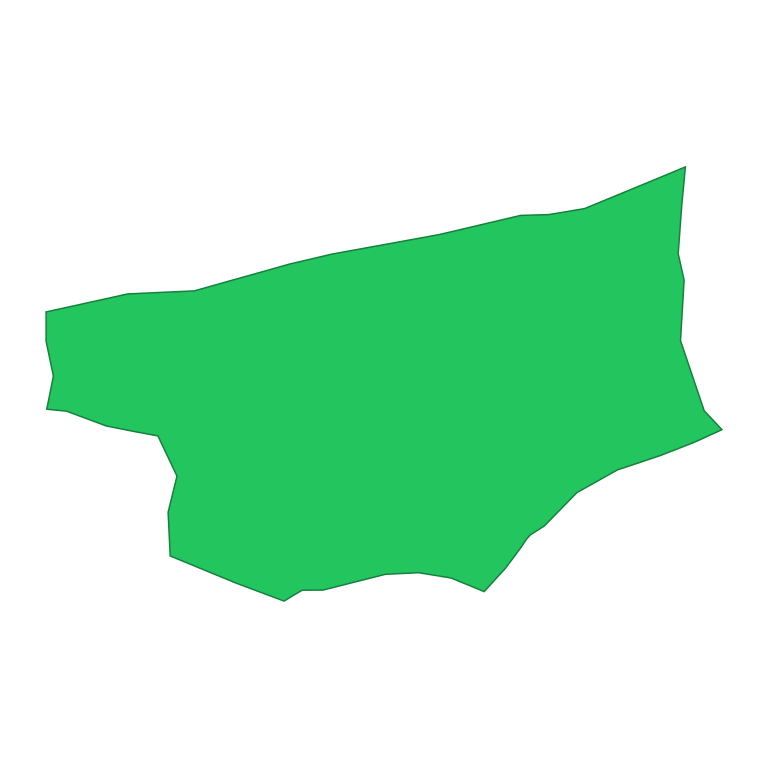 outline of Abdi, Ouaddaï, Chad
{"feature_id": "50815135B4539380481876", "entity_name": "Abdi", "entity_type": "district", "adm_level": 2, "iso_a3": "TCD", "parent_name": "Chad", "parent_adm1": "Ouaddaï", "projection": "albers", "projection_center": [21.197, 12.922], "detail": "fine", "context": "isolated", "style": "filled", "palette": "green", "viewbox_px": 768, "rotation_deg": 0, "n_neighbors": 0, "source": "geoboundaries", "source_scale": "gbopen_adm2", "svg_char_len": 747}
<svg xmlns="http://www.w3.org/2000/svg" viewBox="0 0 768 768"><path d="M46.1,311.9L46.1,341.3L53.4,376.0L46.9,408.6L46.8,409.2L52.7,409.8L66.5,411.2L106.3,426.0L137.2,432.1L157.9,435.9L176.9,475.9L177.0,476.0L168.2,511.9L168.1,512.2L170.2,556.0L236.5,583.3L284.1,601.1L293.3,595.4L302.3,590.2L322.8,590.1L385.4,574.3L418.6,572.7L451.0,578.0L484.2,591.6L505.5,568.2L520.6,548.0L526.7,538.9L530.2,535.0L544.5,525.8L576.9,492.6L617.4,469.9L660.8,455.4L695.4,441.8L721.9,429.7L721.6,429.3L704.2,410.8L680.5,340.6L684.1,280.2L678.2,253.7L681.8,204.6L685.4,166.9L639.8,185.8L584.5,208.6L548.7,214.6L520.7,215.4L439.0,234.6L332.4,254.0L290.5,263.8L194.1,290.9L127.8,293.9L46.2,311.9L46.1,311.9Z" fill="#22c55e" stroke="#15803d" stroke-width="1.5"/></svg>